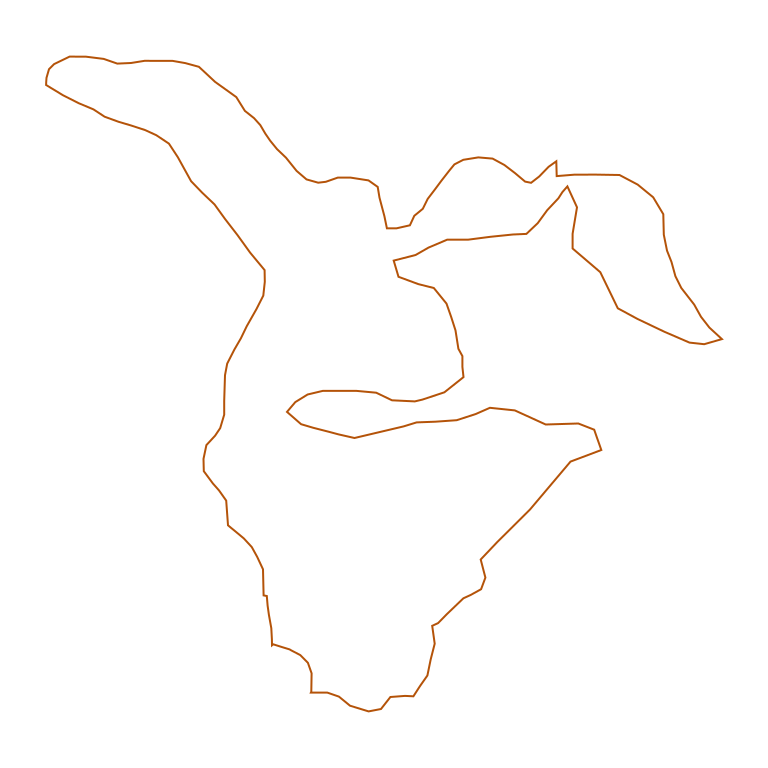 outline of Samukh District, Samux, Azerbaijan
{"feature_id": "54616110B65018719015844", "entity_name": "Samukh District", "entity_type": "district", "adm_level": 2, "iso_a3": "AZE", "parent_name": "Azerbaijan", "parent_adm1": "Samux", "projection": "orthographic", "projection_center": [46.456, 40.939], "detail": "fine", "context": "isolated", "style": "outline", "palette": "amber", "viewbox_px": 768, "rotation_deg": 0, "n_neighbors": 0, "source": "geoboundaries", "source_scale": "gbopen_adm2", "svg_char_len": 2701}
<svg xmlns="http://www.w3.org/2000/svg" viewBox="0 0 768 768"><path d="M310.9,692.6L327.3,692.6L338.9,696.6L350.0,705.7L368.6,711.4L381.0,709.0L390.4,697.0L405.0,695.9L413.4,696.3L419.0,687.6L420.4,685.5L427.4,675.5L430.7,659.4L434.7,643.7L432.2,625.8L438.1,623.1L446.7,614.3L463.4,598.3L470.6,595.0L481.1,589.2L485.4,577.6L480.7,559.5L497.3,542.0L508.8,530.6L530.0,509.5L570.5,461.6L601.3,450.0L599.0,443.4L597.0,437.8L594.2,429.7L578.3,423.5L545.7,424.5L514.8,410.4L489.9,407.8L475.8,414.0L456.7,420.2L435.4,421.7L416.6,422.4L403.6,426.4L354.5,438.0L338.6,434.4L328.9,431.8L313.3,427.8L301.1,424.2L287.0,411.9L295.3,402.1L307.6,394.5L322.7,390.9L356.7,390.9L376.2,392.7L392.0,400.3L414.8,401.4L422.4,399.6L444.4,392.3L463.5,377.1L462.4,366.9L462.4,356.1L458.4,348.8L455.5,330.4L451.2,317.0L446.5,303.6L433.8,288.0L418.3,284.1L398.5,276.8L393.7,260.6L415.6,255.0L428.5,247.6L447.1,239.7L467.9,239.7L490.4,236.8L512.9,234.5L526.4,233.9L537.7,223.2L547.2,210.2L558.4,198.3L562.4,192.1L567.4,186.4L577.0,207.3L572.6,233.8L572.6,248.5L600.3,272.2L617.8,308.3L637.6,319.0L664.7,331.9L689.5,342.6L704.2,344.2L721.9,339.1L709.4,327.6L701.0,316.8L694.2,304.6L681.3,288.0L675.4,276.2L671.5,262.0L667.0,250.6L663.8,234.7L663.3,214.2L653.2,197.3L637.7,184.6L619.5,175.0L594.9,174.6L574.0,174.7L556.7,176.1L556.3,161.3L548.6,166.8L539.2,176.5L531.1,182.8L525.1,181.6L515.0,173.1L504.4,165.0L492.6,158.6L478.3,157.4L463.3,159.8L454.4,164.4L449.3,170.6L441.5,180.6L434.8,189.6L427.7,198.9L422.8,208.8L414.3,215.8L409.9,225.3L396.6,228.3L386.9,228.3L384.4,216.2L379.5,197.7L377.7,186.9L368.5,180.4L350.5,177.6L337.8,177.6L325.8,181.8L318.2,182.7L306.5,179.4L296.6,170.9L286.0,157.7L277.0,149.1L270.1,140.6L265.3,133.6L260.3,125.1L254.0,118.1L244.9,110.9L236.3,97.1L215.1,81.9L198.9,66.8L185.3,63.1L172.7,60.9L158.7,60.9L144.7,60.8L131.0,63.0L117.3,63.6L103.7,58.9L86.1,56.7L69.6,56.6L54.1,64.1L49.0,69.2L46.5,77.8L46.2,82.1L46.1,84.8L46.1,85.0L62.9,95.2L78.7,103.2L93.5,109.4L104.6,116.7L118.6,121.8L130.8,125.4L145.2,130.1L156.3,135.2L168.9,143.6L169.9,145.1L177.9,157.3L184.3,168.9L191.1,181.2L202.3,192.8L214.5,204.4L225.2,219.2L237.5,235.1L250.1,252.6L264.6,270.1L264.8,281.8L263.3,295.6L256.5,309.0L246.7,326.3L240.9,338.3L234.4,349.5L227.2,363.6L225.0,375.2L224.2,400.9L224.2,414.7L220.2,428.1L215.1,435.7L206.4,445.1L203.5,458.9L203.8,471.2L212.9,483.5L219.0,490.4L226.2,500.6L228.0,525.3L231.1,527.9L233.7,530.0L243.8,538.4L251.8,547.1L257.2,556.9L263.0,569.3L263.6,595.4L266.8,596.0L267.6,605.5L268.9,614.8L271.3,628.2L271.9,639.3L272.0,645.3L273.2,644.3L282.4,647.2L289.6,649.4L291.1,650.3L300.3,655.1L307.9,662.8L311.6,673.3L311.3,691.7L310.9,692.6Z" fill="none" stroke="#b45309" stroke-width="2"/></svg>